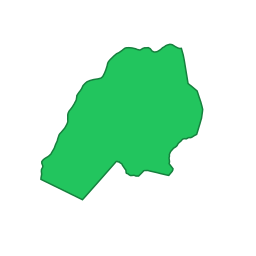 Timon, Maranhão, Brazil, rotated 220°
{"feature_id": "56859067B25713173966314", "entity_name": "Timon", "entity_type": "district", "adm_level": 2, "iso_a3": "BRA", "parent_name": "Brazil", "parent_adm1": "Maranhão", "projection": "robinson", "projection_center": [-42.991, -5.173], "detail": "fine", "context": "isolated", "style": "filled", "palette": "green", "viewbox_px": 256, "rotation_deg": 220, "n_neighbors": 0, "source": "geoboundaries", "source_scale": "gbopen_adm2", "svg_char_len": 2674}
<svg xmlns="http://www.w3.org/2000/svg" viewBox="0 0 256 256"><g transform="rotate(220 128 128)"><path d="M66.3,117.9L66.3,119.1L66.3,120.6L66.3,122.0L66.3,123.1L66.6,124.4L67.3,125.7L73.6,127.1L74.4,128.7L75.4,129.7L76.4,130.6L77.4,131.5L77.8,132.5L78.3,133.2L79.3,134.3L79.8,135.8L80.2,137.4L80.2,138.9L80.1,140.4L80.2,141.6L79.8,142.7L79.3,144.3L79.1,145.8L79.3,147.0L79.6,148.2L79.5,149.4L79.3,150.6L79.0,152.4L79.1,153.7L78.7,155.1L78.1,156.0L77.1,156.6L76.2,157.4L75.8,158.7L75.3,159.7L74.4,160.4L73.7,161.0L73.1,162.2L72.7,163.5L72.4,164.5L71.9,165.8L71.3,167.2L72.2,169.4L75.7,177.6L77.1,180.7L78.0,182.8L78.7,183.9L81.5,188.4L82.1,189.3L82.8,190.3L83.9,191.1L85.2,192.1L86.5,193.0L88.8,194.6L92.4,196.8L93.4,197.4L96.6,199.4L97.4,199.9L98.9,200.8L100.7,200.8L101.6,200.8L103.2,200.8L105.6,200.8L106.8,200.8L107.9,200.7L110.6,200.7L111.9,201.8L128.4,216.0L132.6,219.4L138.3,223.3L139.9,221.9L141.5,221.3L142.9,221.0L144.3,220.7L147.4,220.3L148.9,219.6L149.9,218.8L151.3,216.7L151.9,215.5L152.4,213.5L153.1,211.7L153.4,209.2L154.3,206.3L154.9,205.0L156.4,203.3L157.1,202.9L159.1,202.4L161.3,202.9L162.2,203.0L164.1,202.6L165.4,201.3L166.9,200.0L167.8,198.5L168.7,195.8L169.5,195.0L170.5,194.6L171.3,194.1L173.1,193.6L176.4,191.9L178.8,190.2L179.6,189.5L180.8,188.4L181.6,187.3L182.1,185.3L182.4,183.6L183.4,179.9L184.5,177.5L185.1,174.1L185.6,169.1L185.6,166.4L185.2,164.6L183.9,162.1L182.3,158.2L181.2,154.8L180.4,151.1L180.8,148.8L182.6,146.3L185.5,143.0L187.6,140.0L189.1,137.1L189.5,134.9L189.7,131.6L188.8,128.3L188.5,125.8L188.5,124.5L188.3,121.9L188.0,119.9L187.1,118.6L186.4,117.4L185.7,116.3L185.3,114.8L185.1,113.5L184.7,112.1L184.4,109.8L184.2,108.7L184.1,107.1L184.0,105.2L184.0,103.3L183.7,102.0L183.4,100.9L182.8,99.7L182.0,98.6L181.1,97.6L180.0,96.2L178.9,95.0L178.2,94.2L177.6,92.8L177.2,91.3L176.9,90.0L176.4,87.3L176.4,85.7L176.4,81.6L176.5,80.5L176.5,79.4L176.3,78.2L175.9,77.3L175.3,75.7L174.6,74.0L173.9,72.7L172.9,68.9L171.5,65.1L171.1,62.9L170.6,59.8L170.3,58.7L170.6,56.0L170.9,54.6L171.5,53.0L172.0,51.5L172.5,49.4L172.5,47.0L171.5,45.7L169.6,44.6L168.7,44.1L168.1,42.9L167.6,40.6L166.5,39.1L164.4,37.1L162.6,33.9L161.7,32.7L156.0,34.1L146.3,36.5L127.7,41.1L116.8,43.8L116.7,46.4L116.1,68.2L115.5,93.3L115.5,94.7L114.9,95.4L113.6,95.7L112.8,96.5L111.9,96.2L111.0,96.4L109.4,96.5L108.1,95.8L107.1,95.6L106.1,95.3L105.1,95.0L104.2,94.7L102.8,94.5L101.8,93.7L101.1,92.9L100.1,92.3L98.8,92.8L96.8,92.9L95.5,93.2L94.3,94.3L93.3,95.4L92.4,95.9L91.0,96.3L90.0,97.2L89.0,98.0L88.5,104.0L88.5,105.3L87.9,106.1L85.4,108.3L83.8,109.0L76.8,112.6L74.0,113.9L68.1,116.9L67.2,117.4L66.3,117.9Z" fill="#22c55e" stroke="#15803d" stroke-width="1.5"/></g></svg>